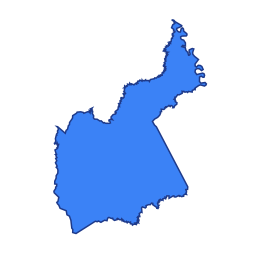 outline of Vistahermosa, Meta, Colombia, rotated 257°
{"feature_id": "7082276B61594004967505", "entity_name": "Vistahermosa", "entity_type": "district", "adm_level": 2, "iso_a3": "COL", "parent_name": "Colombia", "parent_adm1": "Meta", "projection": "orthographic", "projection_center": [-73.544, 2.77], "detail": "fine", "context": "isolated", "style": "filled", "palette": "blue", "viewbox_px": 256, "rotation_deg": 257, "n_neighbors": 0, "source": "geoboundaries", "source_scale": "gbopen_adm2", "svg_char_len": 5922}
<svg xmlns="http://www.w3.org/2000/svg" viewBox="0 0 256 256"><g transform="rotate(257 128 128)"><path d="M49.0,166.8L49.9,166.8L50.7,168.7L50.1,170.1L51.6,169.8L52.5,170.7L55.0,170.5L54.7,172.2L57.2,173.0L122.8,155.9L124.8,154.5L128.9,153.3L130.7,155.9L131.7,159.3L133.3,161.7L135.0,163.0L136.3,163.0L136.4,164.4L138.8,164.6L138.0,167.1L138.6,168.3L139.4,168.3L139.4,169.7L140.2,169.6L139.9,171.4L140.8,173.0L139.4,173.9L140.2,174.9L140.0,175.6L138.5,176.7L137.7,176.2L137.5,177.3L139.4,178.8L140.1,180.8L141.6,181.4L143.0,180.0L143.6,180.5L144.4,180.0L145.3,180.4L145.7,179.4L146.6,180.7L147.4,180.6L147.3,181.7L149.3,183.9L148.8,185.2L149.6,188.6L151.6,189.0L150.8,190.1L151.2,190.7L150.1,191.5L150.1,193.4L149.2,194.1L150.0,195.2L148.6,198.6L150.2,199.1L150.4,200.9L151.2,201.6L150.5,202.1L152.0,202.7L153.6,206.8L153.6,208.5L151.7,211.9L152.2,213.5L153.3,214.3L155.0,213.3L155.3,209.1L157.3,208.1L161.6,209.2L162.0,211.0L160.5,212.5L160.4,213.5L162.2,214.5L163.9,214.2L164.7,212.9L164.6,207.0L167.5,205.9L169.8,206.9L170.3,208.8L169.6,210.9L167.4,212.6L168.1,214.4L171.3,213.8L172.6,212.6L173.3,210.6L172.0,208.4L173.2,207.4L175.2,207.7L178.9,212.1L182.9,208.9L185.4,207.7L187.3,208.1L190.2,209.9L191.0,208.5L190.4,205.3L189.2,204.8L186.1,205.2L185.2,204.3L185.3,203.4L188.1,203.3L190.6,201.9L193.4,201.9L195.2,198.7L196.2,199.9L195.0,202.4L198.1,203.1L201.1,202.0L202.3,200.0L203.5,199.5L205.0,199.8L205.4,201.4L204.6,205.5L205.4,206.4L206.7,206.5L209.8,204.1L212.1,204.3L213.2,203.7L212.8,202.2L209.8,200.6L209.9,199.5L211.1,198.2L213.0,197.5L214.1,198.0L214.9,203.0L215.7,203.4L220.9,197.9L222.8,196.8L223.6,194.9L221.3,196.9L220.2,196.6L219.4,197.1L218.5,194.8L215.9,193.0L213.8,194.7L212.3,194.2L211.7,195.5L211.0,195.2L209.9,192.4L208.9,192.1L208.7,192.7L208.0,192.3L207.4,193.0L206.3,191.5L205.4,191.4L205.4,190.5L202.6,189.5L202.4,187.3L201.5,188.6L200.8,188.5L201.3,187.6L200.4,187.2L200.8,186.7L199.5,186.7L199.8,185.8L198.7,185.5L199.5,184.1L198.8,184.2L198.6,183.2L198.1,183.7L196.9,181.0L196.3,181.6L195.1,179.8L194.8,180.3L195.4,182.2L193.9,181.5L192.9,183.9L192.6,182.6L191.0,183.2L191.1,182.6L191.8,182.8L191.7,182.0L189.9,182.5L190.1,181.5L189.2,180.8L188.8,181.2L188.5,180.6L187.9,180.8L187.2,179.3L186.6,179.3L187.2,179.9L186.6,180.3L185.8,179.6L184.7,180.0L183.6,178.0L182.2,178.7L181.5,177.9L182.1,177.7L181.4,177.2L181.7,176.6L180.7,177.4L180.8,176.6L180.2,176.5L179.3,178.5L178.4,177.8L178.7,177.4L178.3,177.0L177.6,178.1L176.7,176.7L176.0,177.7L175.0,176.2L175.5,175.7L173.9,175.1L174.5,174.6L173.9,173.5L171.7,173.2L171.7,171.8L173.0,171.8L171.3,171.2L171.9,170.5L171.2,170.1L171.9,169.7L170.9,169.1L171.5,168.5L170.3,167.0L170.8,165.2L170.1,164.8L170.2,160.8L168.6,159.3L169.5,159.2L170.2,156.0L171.0,156.0L170.3,154.4L171.1,153.0L170.7,152.5L171.3,152.4L170.6,152.1L172.0,150.3L171.1,149.3L171.5,148.3L170.6,147.5L169.7,147.7L170.1,146.8L168.9,146.3L169.8,145.5L168.7,143.5L169.7,142.3L169.5,141.0L170.3,141.1L170.4,140.2L171.2,139.8L169.8,139.3L170.7,137.7L170.1,137.8L169.6,136.1L168.9,136.5L168.6,135.5L168.6,134.8L169.6,134.2L168.2,133.8L168.0,133.2L167.7,134.0L165.6,132.8L164.8,133.0L164.3,132.1L162.9,133.0L162.7,132.2L162.0,133.0L161.5,131.8L161.8,131.2L160.7,131.6L158.8,131.0L158.2,130.1L158.4,128.7L159.0,128.9L159.1,128.2L157.7,128.2L158.0,127.7L156.8,127.6L156.5,126.7L156.0,127.0L156.2,125.9L155.5,126.8L155.0,126.2L153.9,126.3L153.9,124.6L153.3,125.0L152.6,124.3L152.2,124.9L151.4,124.0L150.7,124.4L150.8,123.3L148.4,122.4L147.0,119.3L145.7,119.8L145.6,119.2L145.2,119.6L144.5,119.1L144.4,116.5L142.6,114.0L141.5,113.8L139.6,114.7L140.4,113.2L140.1,111.3L139.2,111.0L138.7,111.9L136.9,112.0L136.7,111.0L137.7,107.0L138.6,106.2L138.5,105.2L141.0,103.5L141.2,102.1L143.5,99.9L144.2,97.3L145.7,96.6L147.5,97.3L150.6,96.4L151.6,97.3L153.1,96.5L153.5,97.3L154.6,96.7L155.5,97.6L155.1,95.8L154.2,96.6L152.7,95.4L153.7,95.3L154.0,94.2L151.6,94.2L152.5,93.6L152.9,92.2L152.3,88.3L153.1,88.1L154.4,85.6L154.9,82.0L154.0,81.2L152.5,76.9L150.0,76.1L146.5,72.3L144.4,71.7L143.8,70.5L140.4,68.8L139.6,67.2L137.0,65.7L145.1,59.7L145.4,59.0L143.9,60.0L141.9,59.6L141.0,58.6L139.3,58.5L138.0,56.9L137.0,57.0L136.9,56.4L133.8,54.8L132.2,54.8L130.2,53.9L129.7,52.9L128.9,53.1L129.4,54.3L128.3,55.0L129.5,55.6L127.7,55.9L127.6,56.7L126.3,56.0L126.3,55.3L125.2,55.5L124.7,54.3L123.9,54.6L123.0,51.9L118.9,52.2L118.6,51.6L118.3,52.4L117.2,51.5L115.1,52.1L114.7,50.7L112.1,51.2L110.5,49.5L106.8,50.4L105.9,49.2L104.3,50.2L102.4,50.2L99.7,49.4L97.7,47.3L95.3,46.7L92.7,44.7L90.0,44.0L89.2,45.9L87.2,45.3L86.7,44.2L85.4,44.0L83.1,41.6L81.5,41.5L76.1,45.0L72.0,43.1L71.6,41.9L70.1,42.2L68.4,43.2L65.0,43.8L61.3,49.2L57.2,49.0L55.3,51.1L50.9,51.6L43.0,50.7L41.6,51.4L38.6,50.6L36.9,53.6L44.5,75.2L43.6,76.9L44.0,78.3L42.2,80.4L43.4,84.4L42.4,86.7L44.7,87.9L45.2,89.3L43.6,91.5L43.5,92.8L42.2,92.9L41.0,94.1L41.2,97.1L42.2,97.0L42.3,97.6L40.6,99.1L40.1,100.7L40.7,101.2L39.8,101.3L40.5,101.7L39.4,102.4L38.6,102.1L38.0,102.8L38.4,103.1L37.4,103.5L36.9,104.9L37.3,105.5L35.8,105.9L36.6,107.1L35.3,108.6L35.6,109.2L34.1,108.9L33.7,110.3L32.4,110.5L33.0,112.1L32.4,113.8L33.8,113.3L33.5,114.4L32.4,114.6L33.8,116.1L33.3,116.8L34.1,116.6L34.3,115.9L34.6,116.7L34.1,117.1L35.0,117.6L34.8,116.8L35.5,116.2L36.2,117.6L36.7,116.9L37.2,117.5L38.8,116.9L39.0,117.4L38.1,118.1L39.0,118.6L39.6,118.1L40.0,119.0L39.5,119.6L42.1,119.7L43.1,121.9L42.6,122.6L47.0,123.2L47.9,124.2L46.2,126.9L46.9,128.0L48.3,128.1L48.7,130.7L48.3,132.6L49.5,134.0L49.0,135.2L47.7,134.9L44.0,138.2L43.3,138.0L42.8,139.1L43.8,140.0L44.7,139.7L45.7,140.8L45.9,140.0L48.0,139.8L48.3,141.3L49.1,140.7L49.6,142.3L50.0,141.9L50.4,142.7L50.8,142.2L51.3,143.4L50.1,144.2L50.4,145.0L49.7,145.8L51.2,146.1L51.3,147.7L50.7,148.5L52.2,148.6L51.5,149.6L53.1,150.5L52.6,152.7L50.3,152.2L51.7,156.8L51.4,157.6L50.5,157.6L50.0,159.1L50.7,161.7L50.0,162.6L50.6,162.8L49.1,164.7L49.0,166.8Z" fill="#3b82f6" stroke="#1e3a8a" stroke-width="1.5"/></g></svg>